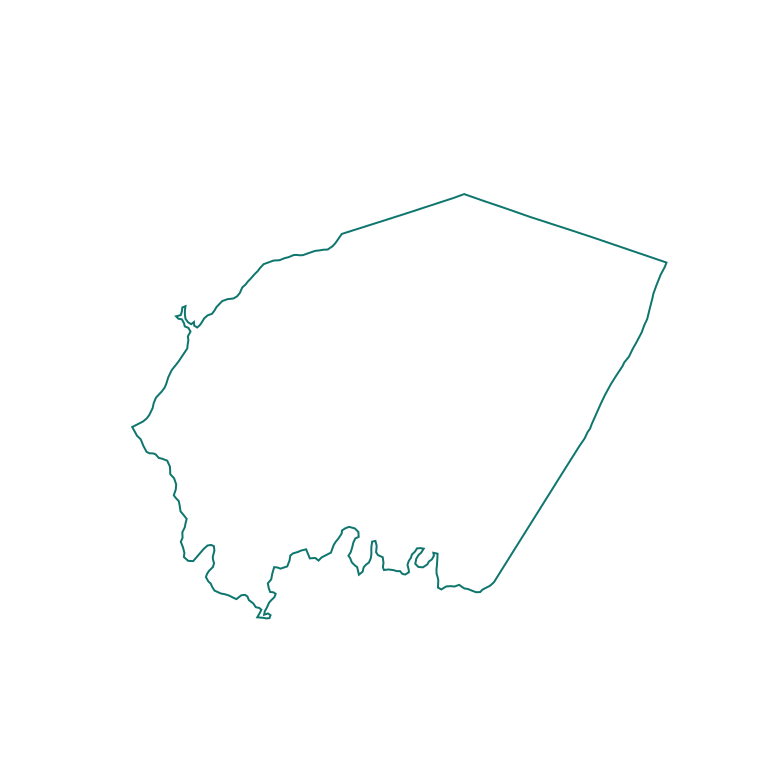 Pedro do Rosário, Maranhão, Brazil, rotated 217°
{"feature_id": "56859067B22973737910848", "entity_name": "Pedro do Rosário", "entity_type": "district", "adm_level": 2, "iso_a3": "BRA", "parent_name": "Brazil", "parent_adm1": "Maranhão", "projection": "natural_earth1", "projection_center": [-45.413, -2.989], "detail": "fine", "context": "isolated", "style": "outline", "palette": "teal", "viewbox_px": 768, "rotation_deg": 217, "n_neighbors": 0, "source": "geoboundaries", "source_scale": "gbopen_adm2", "svg_char_len": 3790}
<svg xmlns="http://www.w3.org/2000/svg" viewBox="0 0 768 768"><g transform="rotate(217 384 384)"><path d="M190.6,452.0L191.0,461.2L192.4,467.9L192.6,472.5L193.9,476.7L199.1,499.2L200.9,508.2L202.8,521.0L203.5,529.7L204.3,542.1L205.1,545.8L204.8,553.2L206.3,560.7L206.8,563.9L207.3,568.2L208.0,572.5L209.3,580.4L211.6,587.9L212.9,594.3L216.6,602.9L221.1,613.7L223.2,618.2L225.9,627.0L228.8,637.7L230.2,646.6L231.5,651.0L304.9,626.9L326.2,619.7L367.4,605.5L379.3,601.7L394.0,597.0L412.7,590.8L434.3,583.9L440.5,574.3L471.5,529.9L489.6,504.4L508.0,478.5L507.8,472.5L507.6,467.0L508.0,463.2L509.9,457.5L513.5,454.5L515.7,452.1L519.1,448.9L523.7,442.1L526.3,438.1L528.6,436.2L531.5,434.5L533.7,432.7L536.5,427.9L539.1,424.7L542.0,419.9L544.2,418.1L546.6,416.0L550.2,410.4L552.2,407.4L552.8,402.2L552.8,398.1L553.5,393.3L553.9,387.6L554.4,383.8L554.4,380.2L555.3,375.8L553.9,369.9L554.1,365.6L555.7,361.7L560.0,357.6L563.1,352.9L564.1,344.6L563.6,340.7L563.6,336.6L566.2,332.6L567.1,328.2L566.6,323.4L566.5,320.2L567.2,316.7L570.7,316.4L573.1,319.1L574.0,315.7L577.6,315.4L581.8,316.6L585.2,320.1L587.5,323.3L589.4,326.7L591.1,323.8L589.1,320.3L587.8,316.7L590.8,312.9L587.5,312.4L584.3,314.0L580.2,312.1L577.8,310.1L574.0,311.1L570.1,309.4L569.3,304.0L566.4,301.0L564.7,297.6L562.5,294.0L561.6,278.1L561.9,267.3L560.3,259.4L558.0,253.1L557.0,249.0L557.0,244.1L557.9,235.9L556.4,230.1L554.3,225.6L552.8,218.1L552.8,213.6L553.9,209.0L559.2,198.1L553.1,195.4L550.1,194.0L545.3,193.5L542.2,191.8L539.2,189.9L532.7,186.9L529.4,187.6L526.7,189.6L524.1,190.4L519.4,189.4L516.5,190.7L511.0,192.3L505.3,189.2L502.4,185.8L500.4,183.3L494.9,182.4L489.5,178.7L486.8,174.4L484.9,168.6L481.3,167.6L477.5,167.0L474.3,164.2L469.8,159.8L465.3,158.8L460.4,157.5L458.8,153.6L456.9,149.8L455.8,144.2L452.3,139.9L451.3,135.7L446.0,132.4L441.7,128.9L439.7,125.4L434.0,124.9L429.8,127.7L428.7,144.1L427.7,148.9L425.2,151.4L422.3,152.1L419.2,148.9L417.8,145.5L416.6,142.7L414.5,140.5L411.9,138.7L410.5,134.8L411.3,129.3L411.0,125.8L410.1,122.7L405.7,120.7L402.3,120.3L399.0,118.5L395.0,117.0L391.0,117.9L388.2,118.5L385.1,120.1L380.6,121.8L375.3,122.7L372.4,123.4L370.8,129.4L368.2,131.9L365.1,132.1L361.9,130.1L356.4,130.1L352.1,128.6L348.8,130.1L346.1,129.9L345.5,126.9L344.8,121.4L339.7,124.6L336.7,126.1L334.6,128.1L335.5,131.1L338.6,130.9L340.9,127.6L342.4,130.7L343.0,135.1L344.2,140.3L343.9,143.9L343.2,147.6L344.2,151.2L346.9,151.1L349.8,149.4L353.4,151.8L356.8,154.9L356.5,160.1L358.9,164.9L361.5,171.6L358.8,173.3L355.6,174.2L351.5,180.1L353.3,186.4L355.6,190.6L354.7,194.0L351.5,198.3L350.1,200.9L346.7,205.1L338.3,200.1L334.2,203.7L330.0,203.6L329.5,207.9L324.9,217.4L326.5,222.5L327.3,225.4L327.6,228.8L327.4,233.1L327.8,239.0L329.4,241.8L328.0,245.6L325.9,248.9L320.4,251.1L315.4,250.4L312.2,246.6L314.0,243.4L313.0,238.8L311.0,234.2L309.4,229.7L309.0,225.4L306.3,224.6L302.4,222.2L298.2,221.6L295.2,221.6L289.3,216.6L288.1,221.2L289.9,225.4L289.7,228.6L288.6,232.4L289.6,236.6L291.6,240.4L294.1,243.6L296.1,246.4L298.6,251.0L296.4,253.5L292.4,250.3L289.1,244.9L285.8,243.7L280.8,244.9L276.8,240.9L274.7,237.1L272.1,235.4L268.9,238.5L264.4,241.1L261.2,242.2L258.6,244.2L255.1,243.4L252.4,244.6L250.8,248.7L252.8,250.8L256.4,253.7L257.7,257.5L257.9,261.4L259.1,264.6L258.4,268.7L258.7,272.6L256.1,274.9L253.2,276.4L252.8,271.7L253.5,268.3L253.1,264.0L250.8,259.2L246.4,258.6L242.6,261.0L240.8,266.0L241.3,269.2L240.2,272.7L240.8,276.9L243.0,278.9L239.1,280.7L236.6,277.1L232.6,271.0L230.6,267.6L227.9,264.2L224.8,261.9L222.5,259.9L218.4,253.9L214.6,254.4L212.4,259.9L209.2,262.6L205.8,264.7L203.1,268.8L199.6,268.9L196.7,269.1L193.8,270.7L189.7,271.8L185.2,273.1L182.0,275.7L181.6,278.9L180.3,281.8L178.0,286.4L176.9,291.8L188.4,425.4L190.6,452.0Z" fill="none" stroke="#0f766e" stroke-width="2"/></g></svg>